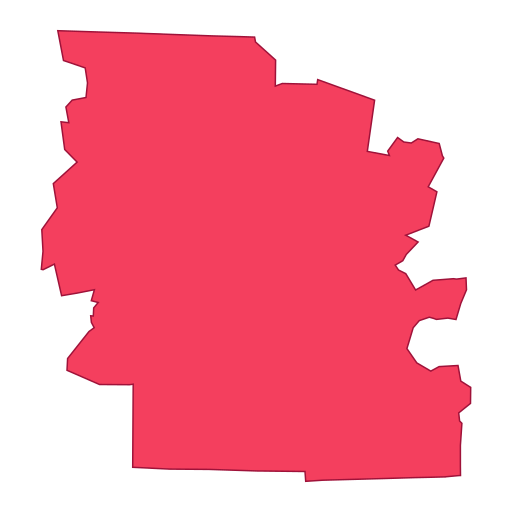 Worcester, Massachusetts, United States of America
{"feature_id": "52423323B99860119642972", "entity_name": "Worcester", "entity_type": "district", "adm_level": 2, "iso_a3": "USA", "parent_name": "United States of America", "parent_adm1": "Massachusetts", "projection": "robinson", "projection_center": [-71.838, 42.365], "detail": "fine", "context": "isolated", "style": "filled", "palette": "rose", "viewbox_px": 512, "rotation_deg": 0, "n_neighbors": 0, "source": "geoboundaries", "source_scale": "gbopen_adm2", "svg_char_len": 1566}
<svg xmlns="http://www.w3.org/2000/svg" viewBox="0 0 512 512"><path d="M41.3,269.3L43.1,269.7L54.4,264.1L61.6,295.7L77.1,293.1L94.4,289.7L91.3,300.7L98.2,302.5L93.7,307.9L93.3,316.0L90.7,315.8L91.4,322.4L94.2,327.7L89.0,331.5L67.6,358.5L67.0,370.3L99.5,384.5L129.6,384.7L133.2,384.2L132.7,467.3L149.9,468.1L151.2,468.2L169.8,469.1L209.0,469.4L221.5,469.8L258.6,471.0L262.1,471.0L305.0,471.5L305.7,481.3L322.8,480.2L366.6,479.0L384.8,478.5L404.7,477.9L414.9,477.6L420.0,477.5L429.0,477.3L444.6,476.9L445.4,476.9L445.5,476.8L458.5,475.6L459.1,475.6L459.6,475.5L460.5,475.5L460.4,466.4L460.4,445.4L461.9,423.3L459.6,421.0L458.7,412.9L470.5,403.4L470.7,387.4L460.8,381.1L458.0,365.5L439.1,366.6L430.8,371.1L416.8,362.9L406.9,348.6L408.4,343.7L413.2,327.7L419.3,320.6L429.3,317.2L433.6,318.4L436.4,319.4L447.9,318.1L456.0,319.5L460.8,303.4L466.5,289.8L466.0,277.9L456.5,279.1L453.5,278.7L433.0,280.3L415.6,290.0L405.8,273.7L398.5,270.0L395.2,265.1L402.8,260.7L406.3,254.4L418.1,242.0L405.7,235.2L428.9,226.2L434.1,203.9L436.9,191.8L428.2,186.8L443.8,158.1L442.4,155.8L439.2,143.5L417.9,138.8L411.3,143.0L403.8,142.0L397.6,137.5L387.7,151.1L389.4,155.5L367.3,151.4L374.6,100.2L317.7,79.6L317.0,84.3L282.3,83.5L275.3,86.1L275.6,60.1L255.5,42.0L254.6,37.1L239.3,36.6L239.1,36.6L212.3,35.9L162.5,34.1L161.1,34.0L145.9,33.5L139.0,33.2L98.5,32.0L57.8,30.7L63.5,60.5L85.2,67.9L87.5,82.9L86.0,97.5L72.2,100.1L65.9,107.0L68.8,122.7L61.0,121.8L64.7,149.5L77.1,162.1L53.3,183.6L57.3,207.8L41.8,229.6L43.0,251.3L41.3,269.3Z" fill="#f43f5e" stroke="#9f1239" stroke-width="1.5"/></svg>